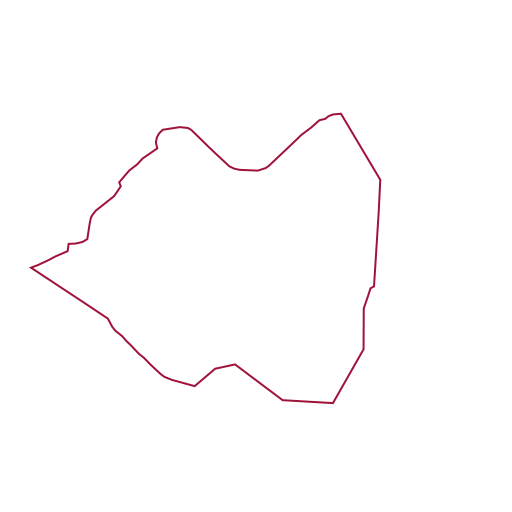 Serra Negra do Norte, Rio Grande do Norte, Brazil (Albers equal-area conic projection), rotated 43°
{"feature_id": "56859067B12396150079063", "entity_name": "Serra Negra do Norte", "entity_type": "district", "adm_level": 2, "iso_a3": "BRA", "parent_name": "Brazil", "parent_adm1": "Rio Grande do Norte", "projection": "albers", "projection_center": [-37.401, -6.573], "detail": "fine", "context": "isolated", "style": "outline", "palette": "rose", "viewbox_px": 512, "rotation_deg": 43, "n_neighbors": 0, "source": "geoboundaries", "source_scale": "gbopen_adm2", "svg_char_len": 1063}
<svg xmlns="http://www.w3.org/2000/svg" viewBox="0 0 512 512"><g transform="rotate(43 256 256)"><path d="M398.3,250.9L370.6,220.9L367.0,212.9L365.2,208.8L361.8,201.6L363.0,197.7L316.1,140.6L294.9,115.5L221.1,94.0L215.7,100.1L213.7,104.3L213.1,108.5L209.8,113.4L208.7,124.8L206.6,136.4L206.1,146.0L205.3,159.3L203.9,181.2L203.1,185.1L199.1,192.3L185.2,204.2L180.5,207.0L175.2,208.6L156.2,208.6L146.4,208.5L122.8,207.9L118.9,208.8L112.3,213.8L101.7,227.3L101.5,232.4L102.7,237.0L105.3,241.2L110.4,244.6L106.6,261.9L106.6,270.1L105.0,279.9L105.3,287.5L105.7,295.4L109.6,297.3L111.4,308.9L107.9,332.0L108.3,337.3L109.2,340.7L112.5,346.1L121.1,358.7L119.5,364.1L115.7,369.8L110.7,374.9L114.9,380.9L109.6,393.1L107.1,400.4L102.6,411.6L99.4,418.0L133.3,412.3L144.5,410.4L167.2,406.6L190.4,402.8L199.1,405.8L204.1,406.6L212.7,405.9L219.7,406.6L224.5,406.6L237.2,407.4L243.1,406.9L253.8,407.4L260.0,407.4L266.4,407.4L271.4,406.9L279.1,403.9L299.9,393.0L303.0,366.3L314.6,349.6L373.8,343.3L412.6,311.1L398.3,250.9Z" fill="none" stroke="#9f1239" stroke-width="2"/></g></svg>